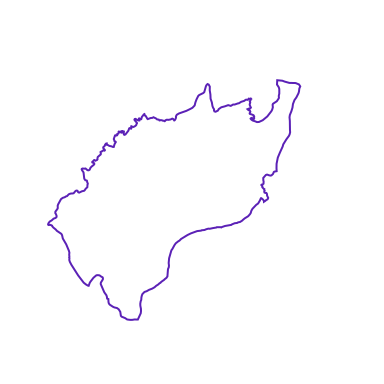 Logo Anseba, Gash Barka, Eritrea, rotated 244°
{"feature_id": "51966322B13118315425041", "entity_name": "Logo Anseba", "entity_type": "district", "adm_level": 2, "iso_a3": "ERI", "parent_name": "Eritrea", "parent_adm1": "Gash Barka", "projection": "orthographic", "projection_center": [38.674, 15.401], "detail": "fine", "context": "isolated", "style": "outline", "palette": "violet", "viewbox_px": 384, "rotation_deg": 244, "n_neighbors": 0, "source": "geoboundaries", "source_scale": "gbopen_adm2", "svg_char_len": 6055}
<svg xmlns="http://www.w3.org/2000/svg" viewBox="0 0 384 384"><g transform="rotate(244 192 192)"><path d="M220.8,51.8L218.0,53.1L216.4,53.5L211.7,56.2L210.2,56.3L206.8,55.5L200.1,56.0L193.1,55.6L191.2,55.2L189.6,54.2L187.3,53.3L187.0,52.9L186.2,52.8L184.7,51.9L182.8,51.6L179.4,51.7L167.0,53.1L158.0,54.9L155.3,56.2L153.5,57.4L153.0,58.0L155.2,60.3L155.9,61.4L158.1,65.8L159.0,69.2L158.9,70.2L157.9,72.0L157.2,72.6L155.6,73.4L154.6,74.2L153.7,74.2L152.7,73.7L152.1,72.9L150.6,70.5L150.0,70.0L149.2,69.6L140.3,69.2L136.7,69.8L135.3,69.6L133.4,69.0L132.5,69.9L129.7,68.7L128.2,68.4L126.8,68.7L123.7,70.5L122.3,71.6L120.6,73.7L118.7,74.7L115.7,75.0L111.9,73.8L110.8,74.1L108.0,76.6L105.9,77.8L105.4,78.5L104.1,80.5L103.3,82.2L102.6,84.5L101.1,87.4L105.5,92.8L107.4,94.0L109.4,94.9L112.4,95.7L114.2,96.5L116.2,97.9L117.3,99.1L119.4,100.3L121.0,101.6L122.0,102.7L123.0,105.5L122.7,107.8L122.9,110.5L122.6,113.9L122.8,116.6L123.4,118.7L123.7,121.3L124.2,122.7L124.2,123.8L124.4,124.0L124.8,125.5L125.3,128.6L125.6,129.2L126.0,131.3L126.9,132.9L133.2,136.6L134.6,138.2L136.1,139.1L138.4,139.9L142.5,142.4L148.6,147.9L149.4,149.4L151.9,152.9L153.0,154.9L153.7,158.0L153.8,159.4L154.6,161.7L155.3,169.1L155.3,172.8L154.6,179.5L153.3,183.2L153.4,183.8L152.3,186.8L152.4,187.5L152.1,189.7L151.7,191.1L151.2,191.7L150.4,194.9L149.4,198.3L149.5,198.9L147.8,202.3L147.3,202.8L147.4,203.4L147.0,206.7L145.2,213.0L145.4,213.6L145.2,216.7L144.4,219.0L144.5,220.2L144.0,222.0L144.3,224.7L144.6,225.4L145.2,227.9L145.6,231.8L146.6,234.3L147.4,235.6L149.1,237.1L150.4,239.0L152.3,244.1L152.7,246.4L154.6,249.3L155.9,250.8L156.2,251.4L155.9,251.7L153.8,252.6L152.4,252.7L151.7,252.4L151.9,254.1L152.2,254.9L152.3,256.6L152.6,257.2L153.3,257.9L155.8,257.9L157.3,258.5L158.0,258.5L158.6,258.4L159.1,257.4L159.8,256.9L160.7,257.1L161.4,257.9L162.2,257.8L162.9,258.3L163.6,257.8L165.0,257.4L165.7,257.3L166.3,257.8L167.9,257.4L168.1,257.8L167.8,258.7L168.1,259.9L170.1,261.0L171.2,261.2L173.4,262.2L174.9,265.8L174.8,266.9L174.5,267.4L173.4,268.4L172.4,269.6L172.1,270.7L172.7,272.7L174.1,274.3L174.2,275.0L173.6,277.2L176.4,278.4L180.3,280.4L185.3,284.2L188.9,288.3L193.1,293.4L194.8,294.9L197.9,299.8L200.0,303.8L201.0,305.0L202.7,306.4L204.7,307.2L213.0,311.1L216.4,312.4L218.3,313.7L221.0,316.7L223.8,319.3L226.8,321.3L229.7,324.4L231.2,327.2L234.0,330.9L235.4,332.2L237.9,333.8L239.5,335.6L241.8,335.3L244.5,332.9L247.4,327.3L250.6,323.7L252.4,322.0L255.1,317.6L251.3,315.5L248.3,315.9L246.7,315.7L245.9,315.4L242.2,313.6L240.3,312.1L238.5,311.4L238.0,310.8L236.4,308.0L235.8,303.5L235.1,302.7L232.7,301.8L230.8,300.1L229.8,298.7L226.9,292.8L225.5,287.0L225.6,282.8L226.4,281.0L227.8,279.8L229.5,278.0L230.8,277.2L232.2,276.8L232.5,277.3L232.4,278.3L232.0,278.5L230.7,278.7L230.6,279.9L231.0,280.2L231.5,280.2L232.3,280.9L232.8,281.0L233.1,280.7L233.8,281.0L234.1,280.9L235.6,279.6L236.6,278.4L237.2,278.2L237.6,278.4L238.5,279.6L239.5,279.7L240.3,279.6L240.7,278.7L242.1,278.2L242.0,279.9L241.7,280.9L242.0,281.9L244.7,282.0L245.6,282.3L246.8,283.5L248.3,283.7L248.5,284.5L249.6,285.5L249.7,286.0L250.2,285.9L250.4,285.6L250.6,284.1L251.0,283.8L250.5,282.9L250.5,282.3L251.3,281.1L251.3,280.3L251.0,278.9L251.5,275.8L251.2,273.0L251.5,272.1L251.9,268.7L252.6,267.3L252.4,264.6L254.2,262.6L254.6,259.0L255.3,255.5L254.8,252.4L253.8,250.9L253.8,248.4L254.6,247.5L255.6,247.5L256.7,248.1L258.6,247.9L260.4,248.1L263.8,249.1L267.7,249.6L271.6,251.3L275.6,252.5L278.9,254.2L281.2,254.1L282.2,253.3L281.9,252.2L281.0,250.9L276.4,246.8L276.0,245.5L276.0,241.0L275.6,239.7L273.2,236.6L271.1,234.4L268.6,232.3L267.5,229.3L267.4,226.9L267.4,222.5L268.3,214.8L268.1,212.2L267.0,210.7L266.0,210.3L265.1,209.5L264.1,208.0L264.1,207.4L266.0,207.0L266.6,206.4L266.6,204.5L267.2,202.4L268.0,201.1L268.1,200.0L267.6,198.6L267.7,198.3L268.4,198.0L268.8,197.1L269.7,196.4L270.4,195.2L270.4,194.4L270.6,194.1L271.6,193.9L272.5,192.5L274.0,191.8L276.1,190.1L276.0,188.9L276.6,187.3L276.9,184.2L277.6,183.9L278.7,183.9L280.7,183.7L281.8,182.9L282.6,183.4L282.9,183.4L282.9,182.8L281.4,179.8L279.7,178.3L279.9,177.7L281.2,177.0L281.3,176.5L280.6,176.1L279.6,176.4L279.3,176.1L279.5,175.6L280.3,174.7L282.5,173.3L282.7,172.5L282.3,172.0L281.8,171.9L278.2,172.8L277.9,172.7L277.4,171.9L276.6,171.2L276.2,170.0L276.1,168.0L276.3,167.5L277.7,166.3L277.3,165.9L275.7,165.3L275.6,165.0L276.8,163.8L276.7,163.4L275.0,161.7L272.9,157.4L273.0,156.3L273.5,156.0L274.8,156.4L276.2,157.3L276.7,156.7L277.2,156.4L277.6,155.3L277.1,155.0L276.2,155.1L276.1,154.9L276.5,154.4L277.4,154.1L277.6,153.8L277.4,153.4L277.6,153.1L277.8,153.2L278.4,152.8L278.3,152.4L277.2,151.9L276.9,151.6L276.8,150.1L276.2,150.1L275.8,149.6L276.0,148.4L276.6,148.0L276.6,147.6L273.9,144.9L273.2,144.9L271.5,144.6L270.9,145.3L270.3,145.4L268.9,143.3L266.8,141.4L267.2,140.6L268.3,139.7L269.7,137.9L271.2,136.9L271.8,136.1L273.0,136.7L273.2,136.2L273.1,135.6L272.6,134.6L271.8,133.9L271.1,131.8L270.2,131.5L268.1,132.1L267.7,132.0L267.5,131.5L268.2,130.5L268.3,129.8L268.0,128.9L268.1,128.3L268.0,127.3L266.2,126.8L265.8,126.4L264.8,122.7L263.8,121.8L262.8,121.4L262.4,120.6L262.5,118.8L263.5,118.3L263.6,117.9L263.1,116.8L262.8,115.6L262.6,115.4L262.2,115.4L260.7,116.7L259.9,116.4L259.4,115.4L258.9,113.0L258.3,111.4L256.9,109.8L256.8,108.7L257.0,108.2L257.5,107.6L259.8,106.6L260.2,105.4L261.1,103.9L261.1,103.1L260.8,102.8L259.8,102.7L257.2,103.1L251.2,101.0L249.3,101.3L248.5,102.4L248.0,102.5L246.7,102.1L245.7,102.1L245.1,102.0L244.2,101.1L243.5,100.8L242.2,100.0L241.5,97.8L240.6,96.3L240.4,95.5L240.9,93.4L240.9,90.4L241.4,89.8L241.8,89.6L243.3,89.6L243.8,89.1L244.0,88.4L243.9,87.6L242.8,85.1L242.9,84.4L243.7,82.5L244.0,80.8L243.8,79.8L243.1,77.9L243.3,76.6L243.1,75.5L243.4,73.2L243.0,71.1L239.6,66.3L238.6,65.3L236.4,64.3L235.9,63.8L234.2,60.6L233.0,59.9L232.0,60.0L230.2,59.9L229.4,59.6L228.8,59.1L228.5,58.0L228.7,55.9L228.0,53.5L227.8,51.2L227.1,49.7L226.2,48.6L225.8,48.4L225.3,48.5L225.0,48.9L224.8,49.9L223.7,51.1L223.3,51.2L223.0,51.5L222.3,51.4L220.8,51.8Z" fill="none" stroke="#5b21b6" stroke-width="2"/></g></svg>